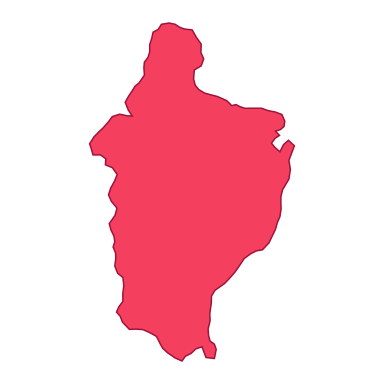 Salmourão, São Paulo, Brazil
{"feature_id": "56859067B58287059076320", "entity_name": "Salmourão", "entity_type": "district", "adm_level": 2, "iso_a3": "BRA", "parent_name": "Brazil", "parent_adm1": "São Paulo", "projection": "orthographic", "projection_center": [-50.877, -21.587], "detail": "fine", "context": "isolated", "style": "filled", "palette": "rose", "viewbox_px": 384, "rotation_deg": 0, "n_neighbors": 0, "source": "geoboundaries", "source_scale": "gbopen_adm2", "svg_char_len": 1811}
<svg xmlns="http://www.w3.org/2000/svg" viewBox="0 0 384 384"><path d="M192.2,29.9L184.4,29.0L179.3,27.1L175.2,24.3L169.1,23.0L161.4,24.3L158.2,29.5L153.1,32.1L151.8,38.1L149.7,44.7L149.7,51.9L148.0,57.4L144.4,62.1L143.9,67.5L144.4,75.1L139.0,83.0L135.1,86.1L132.2,90.8L128.6,96.2L125.2,102.3L128.3,110.1L132.2,116.0L127.4,115.8L119.6,114.2L112.3,116.6L108.2,122.1L102.9,128.1L99.0,131.7L93.9,137.0L89.6,143.8L91.3,148.9L93.0,154.9L100.5,154.9L105.8,158.8L105.4,164.8L112.4,167.7L117.2,174.5L114.5,181.2L110.7,188.0L108.5,194.9L111.4,201.4L117.0,208.1L115.0,215.4L109.2,223.7L111.1,230.3L113.9,236.0L114.8,241.7L113.1,247.0L115.5,252.8L115.8,258.2L114.8,266.1L117.7,273.3L122.9,277.5L123.8,285.6L122.8,293.7L122.9,301.4L118.9,306.7L116.5,312.1L120.1,316.1L122.6,322.3L129.4,329.4L135.6,329.1L142.9,329.6L149.5,332.5L156.5,336.4L160.4,344.2L162.8,348.4L167.6,352.8L175.2,358.0L182.0,361.0L185.4,356.2L191.0,353.5L195.8,348.9L202.0,346.8L206.0,357.5L214.4,358.5L216.2,349.4L214.4,344.2L210.1,341.1L208.6,335.7L208.1,329.2L210.1,320.7L209.8,314.0L210.6,307.9L211.3,303.0L211.5,296.0L215.1,290.2L220.2,286.6L224.7,283.4L230.0,277.8L234.8,272.3L239.6,265.5L244.2,258.5L250.6,253.8L256.3,250.9L262.5,249.8L269.0,242.8L273.1,234.2L275.5,229.3L277.2,223.0L279.9,216.7L281.1,208.9L280.9,204.0L280.9,196.7L282.6,189.7L288.9,179.1L290.4,169.3L288.9,160.4L294.4,145.8L288.4,140.3L283.6,144.5L279.9,151.8L274.9,147.4L271.5,143.2L275.1,138.3L279.5,135.4L275.5,131.2L280.4,129.6L284.0,126.5L284.8,121.3L281.9,114.5L275.3,112.0L268.1,110.6L261.3,108.2L251.8,108.2L244.8,108.3L240.1,106.7L236.0,104.6L231.7,105.6L226.8,100.7L217.4,96.5L210.5,94.7L204.6,93.1L198.7,89.5L195.3,85.3L193.6,79.0L194.3,70.0L201.2,65.8L203.7,58.9L200.9,52.5L201.2,44.1L196.4,37.4L192.2,29.9Z" fill="#f43f5e" stroke="#9f1239" stroke-width="1.5"/></svg>